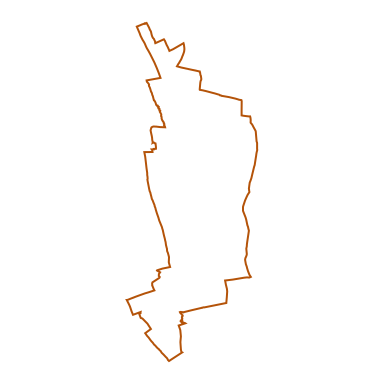 Gagesti, Vaslui, Romania
{"feature_id": "2599482B9369925227758", "entity_name": "Gagesti", "entity_type": "district", "adm_level": 2, "iso_a3": "ROU", "parent_name": "Romania", "parent_adm1": "Vaslui", "projection": "orthographic", "projection_center": [27.986, 46.331], "detail": "fine", "context": "isolated", "style": "outline", "palette": "amber", "viewbox_px": 384, "rotation_deg": 0, "n_neighbors": 0, "source": "geoboundaries", "source_scale": "gbopen_adm2", "svg_char_len": 5923}
<svg xmlns="http://www.w3.org/2000/svg" viewBox="0 0 384 384"><path d="M169.0,361.0L182.2,352.4L181.7,352.1L181.4,351.8L181.2,351.1L180.9,349.4L180.4,342.2L180.5,340.8L180.9,336.4L180.3,330.2L180.0,329.2L178.7,325.5L185.3,323.3L184.8,323.0L184.1,322.9L183.8,322.7L183.1,322.4L182.8,322.1L182.7,322.1L182.7,322.4L182.5,322.6L182.4,322.7L182.2,322.7L181.9,322.6L181.7,322.3L181.5,321.6L181.3,321.4L180.8,321.5L180.6,321.3L180.6,321.0L180.8,320.7L181.3,320.3L182.0,320.6L182.1,320.4L182.3,320.2L182.2,319.9L181.6,319.7L182.3,318.4L182.3,318.2L182.0,317.8L181.9,317.3L181.9,317.0L182.2,316.3L182.5,316.0L182.7,315.9L182.7,315.6L182.6,315.3L182.1,314.9L181.7,314.5L181.5,314.0L180.7,313.4L180.3,312.9L180.0,312.3L179.9,312.1L180.1,312.0L180.9,311.9L181.5,312.1L182.7,312.1L183.1,312.4L183.3,312.4L183.5,312.4L183.6,312.2L191.3,310.3L200.6,308.1L202.1,307.8L202.1,307.7L203.9,307.3L204.3,307.4L226.3,303.0L226.8,297.3L227.2,291.4L226.9,288.7L225.9,284.7L225.1,280.5L232.7,279.6L244.1,277.7L246.0,277.5L247.0,277.4L248.5,277.5L249.4,277.5L249.9,277.3L250.8,276.9L249.5,274.9L248.3,271.9L247.8,270.5L247.0,267.8L246.8,266.8L246.1,264.8L245.9,264.3L245.2,260.5L245.1,259.6L245.4,258.1L246.1,256.6L246.7,254.9L246.8,253.9L246.3,248.7L246.8,246.2L246.9,244.4L247.2,242.1L248.9,230.7L248.4,228.8L248.0,226.8L247.4,225.3L246.2,219.6L245.6,217.5L243.1,211.1L243.0,210.6L243.0,207.1L243.1,206.5L243.5,205.2L245.1,200.4L246.6,197.0L247.7,194.7L249.4,192.1L249.3,191.4L249.1,190.5L249.1,189.7L248.9,188.7L249.0,187.8L249.1,187.3L249.2,186.3L249.7,182.7L250.5,180.7L251.4,178.1L252.3,174.2L254.1,166.8L254.7,165.0L254.9,163.6L255.8,157.8L256.1,156.0L256.4,153.7L256.7,152.1L257.2,150.2L257.2,149.5L257.1,149.1L257.1,148.0L257.1,143.2L257.0,142.5L256.6,141.5L255.9,133.3L255.8,131.9L255.6,130.9L253.4,126.9L252.7,125.5L252.0,124.3L251.1,123.3L250.7,122.8L250.6,122.4L250.7,120.2L250.6,118.9L250.4,117.5L250.1,116.4L248.7,116.4L245.2,116.0L243.1,115.7L241.6,115.4L241.6,110.4L241.7,101.1L241.4,100.1L240.1,99.9L238.9,99.7L238.1,99.4L235.4,98.6L229.0,97.1L223.8,96.2L221.4,95.8L221.1,95.5L220.8,95.4L219.9,95.3L219.6,94.9L219.1,94.7L214.4,93.3L213.5,93.1L207.1,91.4L205.2,90.9L204.2,90.7L203.1,90.4L199.8,89.8L199.7,89.4L199.9,87.2L200.3,82.7L200.6,81.0L201.2,79.8L201.3,79.2L201.3,78.9L200.9,75.9L200.5,75.2L200.4,74.6L200.1,72.9L200.1,72.7L199.8,72.4L199.8,71.5L181.2,67.5L177.0,66.3L177.4,65.6L178.1,64.3L179.5,62.3L179.7,61.7L180.5,60.5L181.3,59.1L181.9,57.6L182.4,56.2L182.8,55.4L183.8,52.6L184.1,51.6L184.2,51.0L184.4,49.1L184.3,47.6L183.9,44.6L183.5,43.2L173.1,49.2L169.4,50.9L168.9,49.6L167.6,46.7L166.7,45.1L165.1,41.3L165.0,41.0L163.9,39.3L156.0,42.9L155.3,43.2L155.1,42.7L155.2,42.0L155.1,41.5L154.5,40.3L153.9,38.9L153.0,38.0L152.4,36.9L151.9,35.6L151.7,34.8L151.5,34.1L151.0,31.8L150.7,31.1L150.3,30.3L149.9,29.8L149.1,27.7L146.6,23.0L145.3,23.7L145.2,23.4L144.7,23.6L144.6,23.4L143.9,23.8L141.6,24.6L140.1,25.3L136.8,26.6L139.7,33.4L140.4,35.4L140.6,35.9L142.5,39.7L143.7,41.6L144.7,43.4L146.1,46.7L147.0,48.5L148.0,50.1L150.0,53.7L151.5,56.7L154.4,62.5L156.9,68.3L158.8,73.1L160.5,77.9L146.6,80.4L146.8,81.5L147.1,82.0L147.6,82.5L147.9,82.9L148.3,83.3L148.6,83.8L148.8,84.0L149.1,84.7L148.9,85.4L149.0,86.0L149.8,87.5L150.2,88.7L150.8,90.8L151.0,91.5L151.4,92.1L151.4,92.4L151.8,92.9L152.3,95.0L152.8,96.0L153.9,100.3L154.3,100.4L155.1,101.7L155.8,103.4L156.1,104.6L156.4,105.1L157.0,105.3L157.3,105.5L157.7,105.6L157.8,105.8L157.6,106.2L157.5,106.4L157.6,106.5L158.5,106.7L158.8,106.9L158.7,107.3L158.6,107.7L158.3,108.0L158.5,108.5L159.2,108.7L159.4,108.8L159.3,109.5L159.3,110.0L159.4,110.4L159.5,110.5L160.0,110.4L160.2,110.5L160.3,110.8L160.2,111.1L159.8,111.5L159.8,111.8L160.0,112.1L160.3,112.5L160.5,112.8L160.7,113.4L161.2,114.2L161.3,115.0L161.1,115.6L161.1,116.1L161.5,116.7L161.6,117.1L161.6,118.4L161.7,118.8L162.2,120.2L162.7,120.7L162.8,121.4L163.5,122.0L163.8,122.4L163.8,122.8L163.8,123.5L164.3,123.9L164.4,124.1L164.3,124.6L164.0,125.2L164.3,125.7L164.8,126.2L164.9,126.5L165.1,127.3L160.3,127.1L156.1,126.6L155.7,126.6L153.4,126.5L152.3,126.9L151.4,127.5L150.7,129.9L150.6,130.5L151.1,133.0L151.8,136.1L152.1,137.9L152.2,139.4L152.3,140.2L152.7,142.0L152.7,142.3L152.6,142.8L152.9,142.6L153.2,142.4L153.5,142.4L154.0,142.6L154.2,143.0L154.5,143.2L155.2,143.3L155.5,143.4L155.9,146.6L156.0,148.2L155.9,148.8L153.9,148.9L153.9,149.3L153.0,149.3L151.7,149.4L152.2,150.1L152.4,151.1L152.5,152.0L144.3,152.1L145.2,156.7L145.8,161.8L146.5,168.0L147.2,173.0L147.2,175.0L147.5,176.8L147.6,178.2L147.6,178.9L147.5,179.4L147.4,179.5L147.7,181.4L149.1,188.6L149.4,190.1L149.6,190.7L149.7,191.3L150.2,192.3L150.4,192.8L150.5,193.5L151.5,197.3L151.7,198.3L151.9,199.0L152.7,200.5L153.4,202.4L154.5,205.1L154.7,206.3L155.4,208.0L155.7,209.4L156.9,213.3L158.5,217.9L158.9,219.4L159.3,220.7L160.5,223.6L162.0,227.3L162.2,228.3L162.8,230.1L163.2,232.0L163.7,234.3L163.9,235.1L164.1,236.0L164.8,238.6L165.2,240.6L165.6,242.1L166.0,245.1L166.6,247.5L167.0,248.9L167.0,249.9L167.2,251.3L167.9,252.9L168.7,255.9L169.0,257.1L168.8,262.2L169.0,263.1L170.1,267.0L166.8,267.7L162.4,268.6L159.6,269.5L157.1,270.3L157.0,270.5L160.1,272.3L158.9,274.0L158.8,276.0L159.7,276.9L159.6,277.5L159.0,278.1L152.4,282.4L152.2,283.3L152.1,283.8L152.3,285.1L152.2,285.2L151.9,285.0L152.3,285.7L152.6,286.3L153.6,288.8L154.4,290.4L148.6,292.3L144.9,293.4L140.1,295.1L135.7,296.7L127.2,300.0L126.8,300.0L129.2,304.8L130.0,306.6L131.6,311.4L133.0,314.8L140.6,312.0L140.5,312.6L140.5,313.2L139.3,313.6L139.2,313.8L140.7,317.9L142.4,318.5L147.1,323.3L147.5,323.7L148.1,324.7L150.9,329.0L145.2,333.2L147.1,335.9L148.6,337.5L150.6,340.3L151.6,341.5L152.5,342.4L152.9,342.9L153.6,343.9L154.1,344.6L155.3,345.6L156.2,346.7L157.6,348.2L159.1,349.4L159.5,350.1L160.6,351.0L160.8,351.2L161.0,351.7L161.7,352.8L163.5,354.5L166.0,357.2L166.6,357.7L167.3,358.6L167.7,359.4L167.9,359.9L168.1,360.1L169.0,361.0Z" fill="none" stroke="#b45309" stroke-width="2"/></svg>